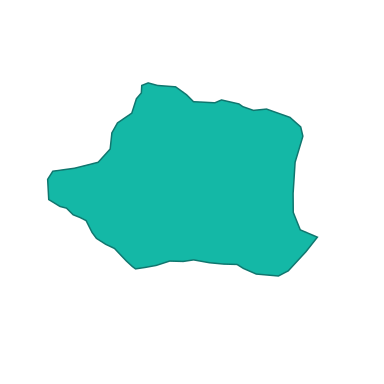 Lekie, Centre, Cameroon, rotated 59°
{"feature_id": "32672807B3101876589222", "entity_name": "Lekie", "entity_type": "district", "adm_level": 2, "iso_a3": "CMR", "parent_name": "Cameroon", "parent_adm1": "Centre", "projection": "mercator", "projection_center": [11.41, 4.138], "detail": "fine", "context": "isolated", "style": "filled", "palette": "teal", "viewbox_px": 384, "rotation_deg": 59, "n_neighbors": 0, "source": "geoboundaries", "source_scale": "gbopen_adm2", "svg_char_len": 935}
<svg xmlns="http://www.w3.org/2000/svg" viewBox="0 0 384 384"><g transform="rotate(59 192 192)"><path d="M295.3,107.8L280.2,118.7L264.6,116.2L261.6,115.7L245.0,105.9L243.9,105.1L219.6,88.3L202.4,69.4L201.2,68.2L192.2,65.3L178.5,69.6L159.3,85.4L153.7,97.3L145.0,104.5L140.7,106.4L128.3,119.3L127.3,126.5L120.2,137.0L115.4,144.2L105.8,146.6L93.4,151.9L82.9,166.7L75.9,173.4L74.8,180.2L81.0,184.4L83.4,191.6L93.4,203.0L94.4,220.3L100.1,230.3L101.5,231.3L113.0,240.0L118.2,257.1L111.1,280.5L102.5,300.6L106.8,309.2L124.7,318.7L136.4,312.6L141.2,307.9L150.3,305.6L156.2,301.1L162.0,297.5L175.3,298.5L182.6,297.8L192.4,292.9L200.5,287.5L210.6,285.3L217.3,283.8L225.2,281.5L228.8,280.0L232.5,271.1L236.5,260.5L239.7,246.7L247.0,235.3L251.0,225.6L261.6,213.5L270.0,202.1L277.3,190.7L284.0,187.3L295.4,179.2L308.5,161.2L309.0,152.5L309.2,150.2L302.4,127.0L302.0,125.5L295.3,107.8Z" fill="#14b8a6" stroke="#0f766e" stroke-width="1.5"/></g></svg>